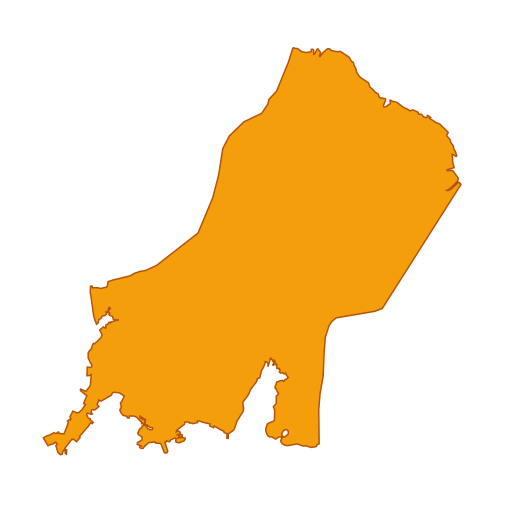 Weloy, Federated States of Micronesia (Mercator projection), rotated 94°
{"feature_id": "79324940B30441549583849", "entity_name": "Weloy", "entity_type": "district", "adm_level": 2, "iso_a3": "FSM", "parent_name": "Federated States of Micronesia", "parent_adm1": "", "projection": "mercator", "projection_center": [138.112, 9.532], "detail": "fine", "context": "isolated", "style": "filled", "palette": "amber", "viewbox_px": 512, "rotation_deg": 94, "n_neighbors": 0, "source": "geoboundaries", "source_scale": "gbopen_adm2", "svg_char_len": 6069}
<svg xmlns="http://www.w3.org/2000/svg" viewBox="0 0 512 512"><g transform="rotate(94 256 256)"><path d="M330.1,412.7L335.2,410.3L333.8,408.9L330.2,408.2L329.1,406.3L326.6,405.2L326.0,402.5L324.0,400.8L321.6,402.2L322.6,400.6L320.8,399.6L318.0,399.4L317.5,398.7L318.2,398.5L318.5,397.7L320.6,399.2L322.7,399.1L323.1,397.9L324.5,398.7L325.5,397.6L326.3,394.9L329.2,393.9L329.5,392.4L329.3,389.0L329.7,389.0L329.4,389.9L331.0,393.3L331.9,396.2L332.9,396.5L332.3,397.6L332.9,398.5L334.6,399.0L334.9,400.7L336.7,401.0L338.2,400.7L338.6,401.1L337.4,403.0L337.5,403.5L340.8,406.8L345.0,404.1L347.9,404.7L354.8,410.7L354.4,411.9L355.6,412.7L361.0,414.1L361.6,415.2L364.4,416.7L369.3,416.3L374.5,413.5L375.9,412.2L378.1,412.2L378.7,413.7L378.5,416.6L387.2,416.3L387.0,414.0L385.9,412.1L395.6,412.2L397.6,412.7L402.9,416.2L401.0,421.6L401.7,421.9L402.5,421.7L407.2,415.0L415.2,417.7L416.1,415.8L421.3,418.8L424.4,421.7L425.0,423.7L423.5,427.9L429.4,430.4L431.3,429.3L432.5,429.7L432.0,430.4L433.7,432.5L434.5,431.7L438.3,432.4L446.8,435.1L446.7,440.2L445.4,440.7L445.7,441.7L446.8,442.4L447.0,444.4L446.3,445.0L449.3,450.1L449.5,451.2L452.3,455.5L459.7,450.3L456.7,443.7L456.0,443.7L455.7,442.8L457.7,441.0L459.2,442.4L465.6,440.0L467.9,437.3L467.2,435.4L464.8,435.2L463.1,434.1L463.9,432.7L466.1,432.6L466.8,431.3L462.7,431.3L462.3,433.1L461.4,433.4L451.7,426.9L452.0,426.1L451.4,425.4L453.8,422.1L449.4,418.8L448.2,419.4L437.3,411.2L434.1,409.5L434.7,407.8L433.3,406.7L431.0,410.0L430.1,409.8L429.3,412.0L426.7,413.5L425.1,413.8L424.5,413.4L425.4,409.3L425.0,408.3L423.4,409.6L420.9,409.3L420.6,405.7L417.1,402.2L415.0,404.2L412.4,403.1L410.5,402.8L411.3,402.0L411.4,400.1L404.9,390.5L402.8,389.8L401.8,388.4L402.0,382.7L405.0,377.6L410.9,380.0L412.1,381.0L416.2,379.8L419.0,381.1L420.9,380.4L424.2,377.6L424.9,373.5L426.4,373.1L426.5,371.3L424.5,371.2L424.1,367.0L425.1,363.9L429.4,359.2L429.6,358.2L431.2,358.5L431.5,356.1L429.4,355.4L428.0,355.2L427.3,355.6L426.7,356.6L427.0,358.0L426.0,358.4L425.9,360.3L423.8,360.7L426.8,354.9L431.2,355.0L432.5,354.2L432.1,352.7L433.4,351.8L433.6,350.5L434.5,349.9L434.4,347.7L434.9,347.0L436.6,347.4L436.7,350.1L435.1,352.6L433.4,353.0L432.6,355.7L433.6,357.8L435.3,358.1L436.0,359.5L437.5,360.3L440.8,361.6L442.5,360.7L444.4,357.2L446.1,356.9L447.5,357.0L450.4,361.2L452.2,361.3L453.5,357.3L454.4,358.8L455.4,358.4L456.0,356.6L455.8,355.3L453.5,353.8L449.7,350.0L448.5,343.6L449.6,343.1L449.6,338.5L450.2,337.6L458.5,333.8L458.9,332.1L458.3,330.9L456.8,330.4L448.1,333.9L447.7,332.7L446.5,332.5L447.5,329.6L446.4,328.7L445.5,328.5L443.2,324.1L443.8,322.9L445.3,323.2L447.2,322.9L447.8,319.8L445.5,314.9L443.6,313.8L442.5,314.0L442.3,317.4L443.1,321.3L441.5,320.1L441.2,316.9L439.5,317.3L439.1,319.0L440.2,320.8L439.9,322.0L438.6,319.8L437.6,319.1L436.3,320.0L436.1,321.6L437.1,323.3L435.5,323.1L428.8,315.6L426.5,315.5L426.4,311.2L427.3,310.6L427.1,308.8L427.7,307.3L426.2,302.6L424.7,302.9L424.5,301.0L425.5,297.9L426.8,290.0L428.8,290.4L430.2,286.3L428.5,285.8L431.3,280.3L433.1,275.9L434.4,275.5L435.4,272.4L439.9,272.4L439.9,271.0L435.2,271.2L431.9,266.8L430.1,265.5L422.0,263.4L411.9,258.0L409.3,257.7L402.9,259.0L396.5,254.8L393.6,253.4L389.3,252.0L381.5,246.8L378.3,246.0L377.3,243.8L369.6,242.4L366.7,240.8L363.2,239.7L360.6,239.4L362.0,236.5L364.8,236.4L364.8,236.1L357.0,234.5L357.1,233.7L358.1,233.6L358.2,232.2L359.8,232.2L360.2,230.7L359.0,230.2L359.9,229.6L360.5,229.6L361.6,230.7L361.5,231.0L363.5,231.7L363.8,230.8L362.6,230.4L362.8,229.3L362.2,228.3L362.5,227.7L363.5,228.1L364.2,227.6L365.4,227.7L365.9,227.0L366.6,227.2L366.4,226.4L367.1,225.7L366.7,224.8L368.5,224.0L370.1,224.7L371.1,223.1L370.5,221.6L371.7,219.8L370.8,218.3L372.2,217.8L375.0,215.3L376.6,217.0L377.3,218.5L379.1,219.6L378.3,220.9L378.7,223.4L379.6,224.5L380.3,226.6L383.2,227.2L384.8,227.9L386.6,227.7L387.6,226.3L390.3,225.0L391.2,224.2L392.5,224.2L394.3,226.0L401.7,225.5L405.2,228.2L407.4,227.0L409.4,226.5L418.5,226.2L419.9,227.6L421.4,231.1L422.9,233.1L427.7,234.2L430.6,233.8L432.7,232.8L434.7,231.4L435.6,229.6L435.2,227.8L437.2,224.0L436.7,222.6L435.3,221.3L434.8,219.7L434.9,218.5L433.5,217.0L431.6,218.0L428.4,216.4L427.0,214.2L427.4,212.5L428.9,211.5L431.4,211.5L434.2,214.4L434.6,216.5L435.7,217.5L438.3,218.5L439.9,218.0L441.6,216.6L442.8,213.9L443.0,211.5L440.6,201.8L442.3,195.7L442.0,192.7L443.1,187.7L442.0,182.8L439.5,181.5L438.9,179.9L405.2,182.7L389.0,182.5L370.6,180.6L347.8,181.3L332.2,181.2L320.5,178.3L316.2,175.9L312.1,171.7L302.9,133.7L299.6,126.4L170.3,56.5L168.4,58.4L168.3,59.1L176.1,66.4L177.4,69.2L177.2,70.3L174.9,66.8L168.0,60.7L166.6,59.9L164.3,59.6L157.3,65.5L157.0,66.3L157.6,71.4L156.9,71.6L156.6,71.2L154.0,64.5L148.2,66.4L143.5,66.9L141.0,67.7L140.9,66.5L142.5,64.1L142.7,63.2L142.2,62.7L137.7,64.5L135.7,66.0L132.2,67.0L129.0,69.7L126.2,70.7L123.1,73.8L121.8,74.2L119.8,72.9L119.0,73.2L111.4,82.1L110.6,85.2L106.4,92.8L105.6,91.6L103.8,94.3L103.8,94.7L105.5,95.2L106.1,95.7L105.7,98.3L103.1,100.8L103.2,103.5L101.1,104.6L99.3,109.8L100.4,112.4L100.2,113.0L99.4,114.2L97.1,120.0L92.9,126.1L92.2,130.2L91.1,132.8L92.2,133.2L93.7,132.5L94.6,132.7L98.2,137.0L98.6,138.6L96.8,139.4L92.3,137.8L90.4,137.6L90.0,137.9L89.5,143.3L89.0,144.0L85.4,145.8L84.5,148.4L82.6,150.1L79.5,154.1L75.4,155.9L71.0,163.6L69.0,166.0L65.7,168.3L62.0,169.6L58.4,171.7L56.1,172.4L55.1,174.4L51.7,176.6L50.6,177.9L46.0,186.3L46.5,188.8L46.2,193.0L45.7,195.0L44.2,197.4L44.1,198.5L44.8,199.8L49.0,203.8L52.7,206.1L51.8,206.8L48.6,205.7L45.0,208.7L45.7,209.7L50.5,211.6L50.8,212.6L46.7,212.8L45.8,213.6L46.0,215.2L48.2,215.3L48.6,215.9L49.5,220.0L49.0,224.7L46.2,228.9L46.1,232.0L45.6,233.1L46.2,233.8L60.4,237.2L90.2,247.0L98.9,254.1L103.4,254.6L113.2,260.2L122.9,277.3L138.0,290.9L151.0,296.6L178.5,299.0L200.8,303.2L237.1,315.4L272.3,354.5L278.3,365.4L279.4,370.5L281.9,376.4L284.5,380.0L290.0,397.2L291.9,401.8L296.8,402.3L297.6,403.3L299.2,408.5L298.7,412.1L299.1,416.8L298.8,417.2L297.7,417.2L297.4,417.9L297.7,419.0L304.5,418.8L306.3,418.1L326.5,413.9L330.1,412.7Z" fill="#f59e0b" stroke="#b45309" stroke-width="1.5"/></g></svg>